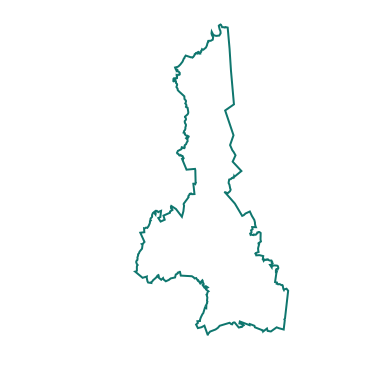 Jalpa de Méndez, Tabasco, Mexico, rotated 346°
{"feature_id": "50627088B16392647790801", "entity_name": "Jalpa de Méndez", "entity_type": "district", "adm_level": 2, "iso_a3": "MEX", "parent_name": "Mexico", "parent_adm1": "Tabasco", "projection": "equal_earth", "projection_center": [-93.099, 18.238], "detail": "fine", "context": "isolated", "style": "outline", "palette": "teal", "viewbox_px": 384, "rotation_deg": 346, "n_neighbors": 0, "source": "geoboundaries", "source_scale": "gbopen_adm2", "svg_char_len": 6063}
<svg xmlns="http://www.w3.org/2000/svg" viewBox="0 0 384 384"><g transform="rotate(346 192 192)"><path d="M253.9,117.1L259.2,83.5L263.1,62.1L266.4,41.1L264.2,40.0L263.7,40.4L262.1,39.6L261.1,39.4L260.6,36.9L260.2,36.4L259.0,36.7L258.2,37.2L258.2,41.1L258.5,42.3L258.4,43.8L258.1,45.0L256.3,46.8L253.3,46.4L251.5,45.5L250.5,44.0L249.9,41.3L249.3,42.8L249.3,44.4L249.9,47.0L249.0,49.2L246.8,49.8L244.4,49.3L244.0,49.7L244.0,50.5L243.0,51.3L242.0,53.3L240.5,55.2L237.4,56.7L236.8,56.5L236.3,55.9L235.8,56.7L235.1,57.1L235.0,58.0L234.7,58.3L234.2,58.6L233.5,58.5L233.5,59.7L233.1,59.7L232.6,59.1L232.5,58.1L232.1,57.6L231.6,57.7L231.5,58.4L231.0,59.1L230.8,59.0L230.4,58.1L229.4,58.1L228.7,59.0L228.0,58.9L227.4,60.0L225.7,61.4L224.9,61.7L224.5,61.2L223.6,61.1L218.9,58.1L217.2,59.7L216.9,60.4L216.3,60.6L214.4,63.2L211.5,65.5L209.3,66.8L208.2,67.1L205.7,67.1L206.0,69.4L206.9,69.4L207.3,69.8L206.5,71.2L208.0,71.7L208.9,73.4L208.5,75.0L208.2,75.2L206.9,74.8L206.1,75.4L205.4,74.8L205.2,75.6L205.4,76.6L205.0,77.8L204.2,77.6L203.4,78.5L202.3,78.6L202.2,78.1L202.4,77.4L201.9,77.3L201.4,77.7L200.7,79.9L200.9,80.2L202.8,80.3L203.2,80.6L202.9,82.5L203.5,83.4L203.6,83.9L203.4,84.7L202.5,85.9L202.3,86.6L203.0,88.1L202.8,89.5L203.4,90.8L207.7,97.3L207.2,99.9L208.1,101.7L208.2,102.3L207.5,103.8L206.9,104.5L207.5,105.5L207.6,106.5L206.7,107.9L207.0,108.4L207.9,108.8L208.1,109.2L207.7,113.7L207.3,114.7L206.5,115.6L203.4,117.2L203.3,117.7L203.9,118.9L203.8,119.9L203.4,120.5L202.1,121.5L201.9,122.3L201.9,123.5L202.4,125.0L202.1,126.3L201.2,127.7L200.9,129.0L200.1,130.2L199.3,130.7L198.2,132.4L199.2,133.0L199.3,133.4L199.0,134.4L200.2,136.1L201.1,136.2L202.2,137.3L202.0,137.6L201.2,137.3L201.1,138.5L200.9,138.7L199.9,138.1L199.3,138.4L200.3,140.0L200.0,141.7L198.9,142.6L197.8,144.2L196.4,144.8L195.7,145.9L195.9,146.6L195.2,147.6L193.6,147.0L193.5,146.4L192.9,146.1L192.0,147.9L188.3,148.7L186.9,150.4L187.2,151.3L188.1,152.0L188.5,153.4L189.2,153.8L190.0,153.4L190.6,154.4L191.1,154.9L191.5,154.8L191.7,155.2L191.5,156.4L191.9,156.6L192.0,157.1L191.0,157.3L191.3,158.0L191.0,158.6L190.5,158.3L192.1,169.0L200.5,170.3L200.5,171.6L197.9,183.2L198.1,183.7L197.1,185.1L196.6,184.5L195.3,184.3L193.9,194.6L191.4,194.1L190.7,193.2L190.0,193.6L189.3,193.3L188.9,193.9L187.4,195.2L187.4,196.2L181.2,201.3L180.9,202.0L181.0,203.3L179.0,208.6L176.2,213.6L172.3,204.6L168.5,200.5L168.0,201.1L167.8,202.8L168.3,202.9L168.7,204.7L166.0,205.6L165.6,206.8L158.6,208.0L158.8,212.3L154.4,213.1L153.0,209.1L155.2,208.7L157.4,202.8L155.6,203.0L154.4,203.4L153.3,201.8L152.3,201.5L151.8,202.0L151.5,204.3L151.1,204.3L151.0,204.7L150.7,204.0L150.5,202.2L148.9,203.0L147.6,204.8L147.5,205.8L147.1,206.6L145.4,207.7L144.8,209.2L145.1,209.7L144.1,210.2L144.1,210.8L143.3,212.4L141.4,214.8L139.9,216.0L138.8,215.4L137.3,215.9L136.7,215.6L136.0,219.5L132.0,219.0L133.8,228.9L133.3,229.1L132.1,230.3L130.7,230.4L131.2,231.2L131.1,231.6L129.8,234.9L126.7,237.2L125.6,238.8L124.6,239.4L124.4,240.5L123.2,242.3L123.0,243.7L122.4,244.9L121.8,245.0L120.9,246.4L121.0,248.3L121.6,249.7L120.9,250.2L120.4,251.2L119.5,255.0L118.9,255.5L117.6,255.5L123.3,263.3L127.7,263.1L127.3,264.0L127.2,267.9L127.5,269.2L130.4,270.4L130.4,269.7L131.7,269.3L132.7,268.3L136.4,266.4L138.4,264.7L139.3,264.5L139.4,265.8L138.6,266.5L140.9,269.7L143.1,268.5L143.2,269.6L143.5,270.3L145.0,272.3L148.3,271.7L150.4,270.7L154.9,270.8L156.3,268.1L157.2,268.0L158.6,267.4L158.7,266.8L160.5,266.7L161.0,265.8L160.9,270.4L171.5,273.7L173.0,275.3L173.6,276.5L175.2,276.5L176.2,279.4L176.7,279.2L177.9,282.8L178.8,282.4L178.6,281.5L180.7,280.2L180.9,280.9L180.7,282.0L181.1,284.1L179.8,284.8L180.8,287.5L181.6,286.9L181.9,287.6L182.8,286.9L184.2,288.4L181.9,289.1L182.0,289.9L183.9,292.3L183.3,292.5L182.2,294.1L181.5,295.8L181.3,295.7L181.4,298.0L180.3,301.0L180.4,302.2L179.9,302.6L179.8,303.5L178.0,305.5L178.4,305.8L177.7,308.2L176.6,307.3L173.6,312.3L172.5,313.1L170.1,316.0L168.9,317.9L168.5,319.1L166.0,318.7L166.0,320.5L163.9,321.6L164.8,325.5L168.5,325.5L171.7,324.7L172.7,334.9L173.2,333.6L175.8,331.8L181.6,331.1L184.2,330.1L186.5,328.5L196.8,328.0L198.1,329.7L199.0,330.1L199.9,328.9L200.9,328.7L201.8,328.9L204.6,334.8L205.7,334.9L206.5,334.6L206.8,334.7L206.9,334.9L207.7,335.0L208.6,334.5L209.0,333.9L209.9,333.8L209.8,333.5L209.3,333.5L208.7,332.2L208.3,332.4L207.6,331.6L206.2,331.0L207.1,329.2L215.7,335.2L216.1,334.1L217.9,335.3L217.7,335.5L218.0,335.4L220.2,336.9L220.3,338.5L226.2,342.7L226.8,343.6L227.1,343.3L227.9,343.9L227.7,344.4L231.7,342.6L231.8,345.1L234.8,346.4L241.4,343.8L243.4,345.2L247.7,347.6L251.0,338.9L250.8,337.9L251.6,337.3L261.4,311.1L260.3,308.7L257.9,308.8L257.5,309.3L257.2,308.1L257.4,304.8L257.2,304.2L256.3,304.0L254.8,302.6L253.2,302.4L253.0,301.9L252.0,301.5L252.5,300.4L250.8,299.5L254.2,291.2L255.1,289.7L254.1,289.8L254.4,288.4L255.0,287.4L255.5,287.2L256.8,287.4L257.2,287.0L257.4,286.4L257.4,284.8L256.7,284.0L254.0,283.1L251.7,283.2L251.5,283.4L251.1,284.4L250.1,281.6L251.1,281.7L252.9,280.9L252.4,279.5L252.9,279.3L252.5,277.7L251.0,277.4L249.5,276.3L249.5,276.0L248.3,275.9L248.3,275.5L246.6,275.7L246.4,275.3L245.9,275.2L244.9,276.1L244.7,274.9L244.9,274.3L244.5,274.2L245.6,271.4L242.2,269.6L239.0,269.0L238.9,267.4L238.6,267.1L239.0,266.7L242.1,266.3L242.1,264.8L242.5,262.6L244.6,258.7L244.0,258.2L244.2,257.7L246.9,256.7L247.0,254.6L248.7,248.4L247.8,247.2L246.7,246.9L246.3,247.3L245.5,247.2L245.3,247.8L243.5,248.9L241.6,248.2L241.3,248.7L239.8,248.1L239.2,247.5L238.5,247.7L238.4,246.4L239.1,246.3L240.1,245.3L240.0,243.5L241.7,242.9L241.9,240.6L245.5,241.6L245.3,240.2L245.4,238.0L245.7,236.9L245.7,234.2L244.3,229.6L243.4,224.9L238.7,225.8L236.6,227.0L234.9,227.3L230.8,213.6L224.5,201.4L223.4,199.7L226.4,201.8L228.9,200.5L229.6,199.8L230.1,198.8L229.9,197.8L230.1,193.9L229.7,192.4L229.9,191.5L231.1,188.9L232.8,188.9L233.9,188.1L235.0,188.4L235.6,187.7L236.1,188.0L236.6,187.0L236.7,187.5L245.0,183.6L238.8,172.4L243.1,166.9L242.1,163.3L241.2,161.1L240.3,155.7L246.0,147.0L243.9,120.9L253.9,117.1Z" fill="none" stroke="#0f766e" stroke-width="2"/></g></svg>